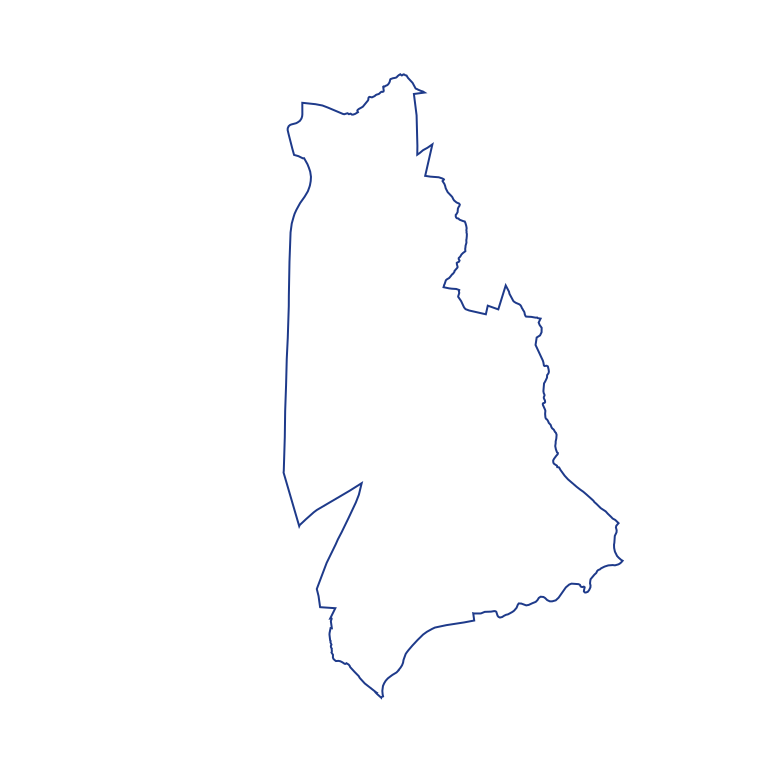 Tzompantepec, Tlaxcala, Mexico, rotated 239°
{"feature_id": "50627088B59818276904858", "entity_name": "Tzompantepec", "entity_type": "district", "adm_level": 2, "iso_a3": "MEX", "parent_name": "Mexico", "parent_adm1": "Tlaxcala", "projection": "robinson", "projection_center": [-98.081, 19.383], "detail": "fine", "context": "isolated", "style": "outline", "palette": "blue", "viewbox_px": 768, "rotation_deg": 239, "n_neighbors": 0, "source": "geoboundaries", "source_scale": "gbopen_adm2", "svg_char_len": 6154}
<svg xmlns="http://www.w3.org/2000/svg" viewBox="0 0 768 768"><g transform="rotate(239 384 384)"><path d="M131.1,249.2L131.3,249.2L132.3,252.0L133.6,254.6L135.3,256.8L137.4,258.6L141.4,263.5L142.2,265.2L143.3,268.0L145.2,273.7L147.3,281.0L149.1,288.5L149.5,293.2L149.3,299.1L149.0,302.2L145.2,313.2L138.4,329.8L134.8,339.5L141.5,342.4L140.9,343.0L137.8,348.2L137.4,349.1L136.8,353.0L133.7,358.6L132.6,361.5L131.7,362.6L130.8,362.9L126.9,362.0L125.4,362.2L124.1,363.1L123.4,365.3L123.5,367.6L123.3,369.8L122.7,371.6L122.6,373.8L122.5,376.8L122.7,378.8L123.9,382.4L125.8,384.9L126.5,386.4L125.2,388.5L121.0,391.9L120.1,394.3L119.7,398.2L119.1,401.8L119.7,404.2L120.9,406.5L121.0,408.7L119.3,411.0L117.5,411.9L114.7,412.6L112.3,414.2L111.1,416.2L110.1,419.8L110.9,423.6L116.0,435.1L116.7,439.4L116.3,441.9L112.3,447.6L111.0,448.5L109.2,448.3L108.6,448.6L107.8,449.4L107.4,450.9L106.4,451.3L104.2,449.2L103.2,448.5L101.9,448.8L101.3,449.6L101.1,450.8L100.9,451.5L101.7,453.7L103.4,456.2L105.0,457.3L107.0,457.9L109.1,459.5L110.3,460.6L112.2,466.1L112.7,468.6L113.9,470.4L114.2,471.8L113.9,473.6L114.2,475.1L113.9,479.0L113.0,482.8L111.0,486.8L109.6,488.6L108.7,491.9L108.6,493.3L108.9,495.4L109.6,497.5L111.1,496.7L114.2,495.7L116.6,495.2L121.4,495.6L124.9,496.8L127.8,498.4L129.3,499.7L134.9,503.6L137.1,506.9L138.8,508.1L141.6,508.9L142.9,510.2L143.9,513.4L148.4,512.2L150.9,510.7L152.8,510.3L157.6,509.0L160.7,508.4L165.6,506.0L166.5,505.7L172.0,504.3L174.5,503.5L176.1,503.4L185.2,500.6L189.1,499.3L192.2,497.9L196.6,496.2L207.5,492.6L212.4,491.6L219.5,491.0L222.2,491.1L222.6,490.9L223.5,489.7L224.9,490.2L227.9,488.7L229.0,488.6L230.0,488.9L231.4,489.7L232.4,491.4L233.8,494.8L234.3,496.6L235.2,497.5L236.3,497.1L239.5,497.7L242.6,498.8L244.8,500.6L246.4,501.6L248.5,503.6L251.6,505.8L253.6,506.2L254.9,505.9L257.5,506.0L259.4,505.3L260.8,505.3L263.2,505.8L265.9,505.2L267.3,505.5L269.4,505.5L271.0,504.9L272.3,505.2L275.4,506.7L277.9,508.5L279.0,508.8L284.0,509.4L284.9,509.7L285.3,510.0L285.5,510.3L285.5,510.8L285.2,511.9L285.3,512.4L285.5,512.8L287.1,513.5L288.9,513.6L289.8,513.8L290.5,514.3L291.5,515.7L292.4,516.1L293.8,516.2L295.7,516.9L302.1,521.5L303.1,523.4L305.5,527.0L307.6,528.4L308.4,530.4L309.5,531.6L311.7,532.6L314.7,533.5L315.9,532.8L316.7,530.9L317.5,530.6L320.3,531.7L322.2,532.2L339.4,534.0L345.2,538.8L345.3,542.8L347.2,545.7L351.0,548.1L354.3,547.8L357.0,548.2L359.4,551.9L361.0,550.0L361.5,549.6L362.1,549.5L362.6,548.4L363.6,547.2L365.7,544.8L368.6,540.5L369.4,540.3L371.0,540.5L372.9,541.2L373.9,541.4L375.5,541.3L377.2,541.4L377.8,541.3L380.0,541.6L381.5,541.5L382.8,540.9L385.7,538.8L387.5,537.9L388.6,537.6L396.7,538.0L398.8,538.7L405.8,539.1L389.1,520.4L397.7,513.3L391.3,507.2L403.2,494.8L406.1,492.5L407.4,492.2L408.7,492.1L415.3,492.8L420.5,492.5L420.9,492.7L423.3,495.4L424.8,495.9L425.8,496.9L428.3,494.8L430.7,491.3L432.5,489.0L436.3,484.9L438.1,486.8L438.5,487.5L441.0,490.4L441.3,491.6L441.3,494.5L441.9,496.3L442.9,498.9L443.0,500.1L444.0,502.3L444.6,502.7L446.0,507.0L446.7,507.5L448.7,508.0L450.3,508.7L450.4,509.1L450.2,511.2L450.6,511.9L451.0,512.4L452.2,512.3L452.9,512.5L453.5,513.0L453.9,514.9L455.1,517.1L455.6,519.1L455.9,522.1L458.0,523.2L459.2,524.2L460.6,525.2L462.6,527.4L465.2,528.8L465.6,529.3L467.9,531.0L469.9,532.3L471.3,532.7L472.3,533.4L473.4,533.8L475.0,535.1L477.1,535.9L480.0,536.7L481.7,536.9L482.8,535.8L485.9,533.4L487.5,533.0L488.6,531.8L489.6,531.6L490.7,531.8L492.0,532.6L492.4,533.8L493.4,535.6L496.2,537.6L497.1,538.8L497.9,540.5L498.8,541.4L500.0,541.3L502.2,539.7L505.3,538.6L507.2,538.6L508.8,538.8L509.8,538.7L515.6,537.4L520.0,537.7L522.2,538.4L524.2,538.8L527.8,538.7L528.4,540.7L528.8,540.7L530.2,539.8L533.0,537.4L537.9,530.5L541.2,526.5L564.5,548.9L564.1,542.9L564.3,537.9L563.6,533.6L563.4,530.6L570.8,535.2L597.5,550.3L617.2,559.0L612.9,568.9L614.7,568.0L616.1,566.7L618.9,564.7L619.8,564.2L620.3,563.7L621.1,563.3L627.4,563.6L634.1,562.2L636.8,562.2L637.6,561.3L638.8,560.8L639.3,560.3L639.4,559.6L639.2,559.2L639.3,558.3L639.5,558.0L641.1,557.5L641.1,555.6L640.8,553.9L640.5,553.1L640.4,552.4L640.8,550.9L641.5,549.1L642.0,546.6L641.8,546.2L640.2,544.6L639.6,543.8L638.7,541.9L638.5,540.5L638.8,538.6L638.6,537.7L639.3,536.9L639.2,536.4L635.5,534.8L635.0,534.2L635.1,533.3L635.8,532.3L635.7,531.0L635.3,529.5L635.4,528.3L635.8,526.9L635.9,525.6L635.6,524.3L635.9,521.3L637.5,519.6L637.6,518.7L637.1,517.9L635.9,517.1L635.3,516.3L632.6,508.7L632.6,506.8L632.7,504.2L632.5,502.6L631.9,501.8L630.4,501.7L630.4,498.2L630.9,496.1L631.5,495.2L632.8,494.7L633.0,494.5L633.3,493.0L633.5,492.7L634.3,492.5L634.9,492.1L635.7,488.9L636.5,488.0L649.8,478.3L654.4,474.7L659.2,469.3L667.1,458.8L657.2,452.9L655.6,451.7L654.1,450.0L652.9,447.5L652.7,444.7L652.8,443.0L654.2,438.2L654.4,436.9L654.1,435.1L652.8,433.2L651.3,432.2L646.9,430.8L633.2,426.7L626.7,424.9L623.4,428.0L619.2,430.7L618.7,431.8L611.8,431.6L608.1,431.0L604.0,430.1L599.2,428.1L595.7,425.7L592.5,422.9L591.4,421.7L588.4,418.0L585.4,412.4L582.3,405.3L578.4,398.6L576.0,395.1L573.9,392.7L569.1,387.6L562.1,382.0L537.4,365.9L508.5,347.8L499.8,342.5L473.0,325.2L455.5,313.5L433.5,299.5L411.8,285.4L389.4,271.5L361.1,253.3L359.8,252.3L305.8,238.1L306.5,239.1L308.3,247.5L310.2,257.7L310.6,261.5L310.2,299.9L310.5,313.8L302.0,305.4L296.9,298.8L287.2,284.3L278.8,271.4L274.6,264.5L271.5,260.1L260.2,242.7L242.9,220.8L236.0,218.7L225.9,214.4L225.6,214.3L216.9,226.8L210.7,217.1L210.3,218.1L210.0,218.3L209.7,218.2L208.1,216.3L201.5,213.5L202.3,212.5L198.6,209.1L197.3,208.2L194.0,206.7L191.7,205.7L191.2,205.9L190.0,205.0L187.6,204.7L187.0,203.7L186.3,203.2L185.2,202.9L184.1,203.0L183.7,202.6L182.0,201.8L181.4,201.4L180.9,200.7L178.2,200.8L175.8,199.3L174.3,199.1L172.5,199.6L171.3,200.1L170.1,202.4L168.8,203.8L166.7,205.1L164.5,206.1L163.9,206.9L164.0,208.0L161.7,209.2L160.2,209.4L158.7,209.2L152.4,210.5L146.6,211.9L144.9,211.8L143.6,212.0L137.2,213.3L123.6,218.5L123.4,218.6L123.5,218.0L121.5,218.5L116.7,220.0L117.0,220.2L116.7,222.3L118.7,223.0L121.8,224.5L125.7,227.6L127.4,230.0L128.8,232.7L129.7,235.7L130.0,238.3L130.3,241.4L130.3,246.2L131.1,249.2Z" fill="none" stroke="#1e3a8a" stroke-width="2"/></g></svg>